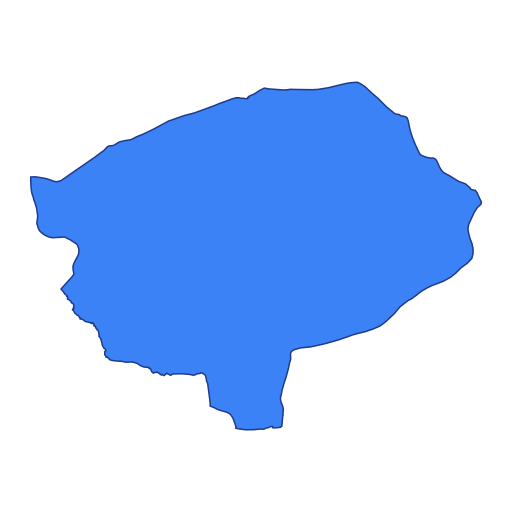 Kham Sakaesaeng, Nakhon Ratchasima, Thailand (Mercator projection)
{"feature_id": "78962969B43347234276039", "entity_name": "Kham Sakaesaeng", "entity_type": "district", "adm_level": 2, "iso_a3": "THA", "parent_name": "Thailand", "parent_adm1": "Nakhon Ratchasima", "projection": "mercator", "projection_center": [102.11, 15.372], "detail": "fine", "context": "isolated", "style": "filled", "palette": "blue", "viewbox_px": 512, "rotation_deg": 0, "n_neighbors": 0, "source": "geoboundaries", "source_scale": "gbopen_adm2", "svg_char_len": 5834}
<svg xmlns="http://www.w3.org/2000/svg" viewBox="0 0 512 512"><path d="M471.8,258.4L472.6,255.4L473.0,253.5L473.1,251.4L473.1,250.2L472.9,247.6L472.5,246.5L472.0,243.7L469.9,238.1L468.4,232.3L468.0,229.9L468.1,227.4L468.8,224.1L474.2,212.4L477.5,207.3L480.5,204.7L481.2,203.6L481.3,201.7L479.7,198.6L476.9,192.4L475.1,190.2L474.7,190.4L474.2,190.3L470.8,189.3L470.6,189.1L470.4,188.6L469.8,187.6L465.2,183.7L458.7,181.4L450.7,176.5L450.7,176.4L444.6,173.1L442.9,171.9L441.7,170.5L439.8,167.6L437.2,161.8L435.6,159.2L434.4,158.5L433.1,158.0L430.5,158.0L427.8,157.6L425.3,156.9L421.2,155.2L420.3,154.5L419.2,152.9L415.5,145.0L412.4,137.4L411.0,133.0L410.0,129.6L408.2,120.9L407.2,118.1L406.9,117.6L405.7,116.8L404.0,116.3L400.9,115.8L399.1,114.5L397.7,114.3L396.1,114.2L394.6,113.5L386.2,106.6L378.1,98.4L371.8,93.1L365.0,86.7L360.5,83.7L357.1,82.2L350.9,82.7L346.3,83.4L337.4,85.5L328.0,87.8L317.9,89.4L312.2,89.7L297.1,89.5L290.2,89.3L288.0,89.7L283.8,90.0L268.9,88.9L264.3,88.1L259.9,90.3L254.0,94.1L251.2,95.3L250.6,95.4L249.4,96.2L248.8,96.4L248.6,96.7L248.7,97.4L248.6,97.5L247.6,97.5L247.4,98.5L245.2,98.8L244.2,98.4L243.0,98.2L241.6,98.3L240.5,98.2L239.7,97.9L239.1,97.8L236.3,97.7L236.0,97.8L232.3,98.8L224.8,101.6L219.6,103.4L214.7,105.5L194.1,113.0L184.1,115.6L168.4,121.1L153.0,129.4L142.6,134.4L139.1,135.7L135.9,137.1L132.4,139.0L130.3,139.8L124.9,140.6L119.2,142.0L113.9,145.3L111.7,145.7L108.6,146.0L106.9,147.2L103.4,151.0L101.3,152.3L95.4,156.8L76.1,170.1L61.1,180.6L58.8,181.3L56.7,181.7L55.6,181.6L54.3,181.4L48.1,179.2L44.7,178.3L36.9,177.0L34.6,176.8L30.7,177.0L30.8,183.5L31.2,189.0L31.8,192.7L32.5,195.3L33.2,196.8L33.8,199.9L34.6,201.7L35.2,203.5L36.5,207.8L37.2,212.3L37.2,212.7L37.6,214.9L37.6,217.1L37.5,218.3L37.0,221.3L36.9,222.8L36.9,223.6L38.3,228.3L38.9,229.7L39.8,231.0L41.1,232.3L43.3,234.1L45.2,235.3L47.2,236.3L48.4,236.8L50.5,237.4L51.9,237.6L53.9,237.7L56.1,237.5L59.7,237.3L64.6,237.0L70.3,239.9L76.4,243.9L77.2,244.6L78.4,247.6L78.7,248.5L78.9,249.9L78.7,251.9L78.8,253.1L78.7,253.3L78.0,255.5L75.6,259.9L73.8,263.6L73.1,265.7L73.0,266.3L73.0,267.3L73.1,269.7L73.8,273.5L73.8,274.1L73.5,274.7L71.8,277.0L61.3,288.7L61.1,288.9L61.1,289.2L63.4,291.7L64.8,294.0L66.8,295.5L66.9,295.8L66.7,296.3L66.8,296.5L67.5,296.6L67.7,296.8L67.5,298.8L67.5,299.1L67.8,299.3L68.5,299.5L68.8,299.8L69.3,300.0L70.0,300.7L70.8,301.1L71.2,301.7L71.2,302.4L71.2,302.6L71.8,303.0L72.6,303.4L73.1,303.7L73.4,304.1L73.6,304.5L73.8,305.2L73.5,307.1L73.5,307.3L73.9,307.5L74.0,307.7L73.8,308.4L73.4,308.9L73.3,309.0L72.7,309.0L72.5,309.8L72.8,310.1L73.3,310.3L73.4,310.5L74.0,311.5L74.6,312.6L75.1,313.5L76.1,314.1L77.3,315.3L78.2,315.5L78.7,315.9L79.3,317.3L79.9,317.5L80.0,317.7L80.1,318.4L80.0,318.7L80.0,318.9L80.5,319.1L80.9,318.9L81.5,318.8L81.8,319.2L83.5,319.8L83.9,320.5L84.9,321.1L85.5,321.6L86.5,321.7L89.2,322.4L90.3,322.6L90.9,323.1L91.3,323.4L91.8,323.4L92.1,323.4L92.3,323.2L92.3,322.7L92.6,322.6L93.1,323.1L93.2,323.7L93.8,324.1L94.1,324.3L94.1,324.7L93.8,325.2L93.9,325.4L94.3,325.7L94.3,326.1L94.8,326.3L95.5,326.4L95.6,326.5L95.8,327.3L95.7,327.7L95.7,327.9L96.6,328.6L96.7,329.1L97.1,329.9L97.7,330.1L98.3,330.9L98.7,332.7L99.0,333.6L98.9,334.0L98.9,334.6L99.0,335.0L99.2,335.4L99.0,336.4L99.2,336.5L99.5,336.5L99.7,337.1L100.0,337.4L100.1,337.7L100.3,337.9L100.4,338.4L100.8,338.8L100.8,339.3L101.3,340.2L101.3,341.1L102.0,343.2L102.3,345.3L102.5,345.7L102.8,346.1L103.5,347.4L104.1,348.4L105.1,348.9L105.3,349.1L105.5,349.7L106.0,350.3L106.0,350.5L105.7,351.0L104.8,351.5L104.7,352.1L104.8,354.7L104.9,355.0L105.6,355.7L106.0,357.1L106.7,356.9L106.9,356.9L107.6,357.8L108.5,357.9L108.9,358.2L109.2,358.7L109.3,358.9L109.2,359.3L109.3,359.5L111.6,360.3L113.4,360.7L122.1,361.4L125.9,362.2L131.3,362.0L133.0,362.2L136.4,363.1L137.1,363.4L140.8,365.8L143.8,367.0L148.9,367.5L149.0,367.7L149.1,368.5L150.0,368.6L150.3,369.0L151.0,369.4L151.1,369.7L151.1,370.4L151.2,370.9L152.2,372.2L153.3,373.1L153.5,373.1L154.0,372.7L154.7,372.7L155.1,372.4L155.6,372.2L156.0,372.2L156.7,372.4L157.4,372.2L158.8,373.2L159.7,373.5L160.2,374.5L161.0,374.5L161.4,375.0L161.6,374.9L162.0,374.5L162.3,374.5L163.2,375.2L163.7,375.5L164.2,375.5L164.7,374.9L165.7,374.5L166.2,373.7L166.5,373.4L166.9,373.3L167.2,373.3L167.4,373.4L168.0,374.1L169.3,374.5L169.8,375.0L170.5,375.2L171.2,375.1L172.0,374.3L172.6,374.0L179.7,373.8L181.8,373.8L188.7,374.3L191.1,374.7L192.9,375.2L194.7,375.0L196.9,373.9L197.6,373.8L199.7,373.5L200.3,373.3L201.1,372.7L201.4,372.8L204.1,374.2L204.7,374.7L205.5,375.5L206.4,379.6L206.5,380.7L206.7,381.3L207.7,383.7L210.1,402.3L210.2,406.2L213.3,407.2L216.6,409.0L220.0,410.3L225.8,411.9L228.1,412.8L229.9,414.0L231.0,415.2L232.6,417.6L233.5,419.6L236.0,426.7L235.8,428.2L239.0,428.9L245.8,429.8L250.7,429.7L253.7,429.7L260.7,429.0L261.8,429.2L263.0,429.2L264.4,429.0L265.9,428.1L268.9,427.5L269.4,427.0L269.7,426.9L272.5,426.4L272.7,426.6L272.7,427.7L274.3,427.9L277.0,427.7L280.4,427.3L280.5,427.2L280.8,426.8L281.3,426.7L281.8,426.3L281.8,425.4L282.1,423.7L282.5,418.6L282.8,415.9L283.1,415.0L283.0,413.7L283.0,413.2L282.9,412.6L283.1,412.1L283.2,411.5L283.2,410.3L283.4,409.6L282.8,406.6L281.3,402.6L280.6,400.4L280.5,399.1L280.5,397.4L281.3,394.4L282.1,390.1L284.0,383.4L286.1,377.1L288.3,368.9L289.4,363.6L289.9,361.8L290.6,359.8L290.7,359.0L290.5,355.1L290.6,353.9L290.6,353.0L291.5,351.5L292.8,350.4L294.8,349.5L300.2,348.0L301.4,347.8L310.5,346.9L317.5,345.4L325.8,343.5L332.9,341.5L339.0,339.7L346.9,337.0L352.3,335.0L357.6,333.5L364.8,331.8L372.8,329.1L379.8,326.1L383.7,323.3L385.7,321.7L391.7,316.1L394.7,313.2L399.1,307.9L400.1,306.7L408.5,300.2L410.2,299.5L411.7,298.7L416.9,294.8L421.3,291.3L427.0,288.0L430.8,286.0L442.9,281.4L446.2,279.7L450.7,277.1L455.9,273.0L459.7,269.1L461.2,267.7L467.0,263.4L469.0,261.5L471.8,258.4Z" fill="#3b82f6" stroke="#1e3a8a" stroke-width="1.5"/></svg>